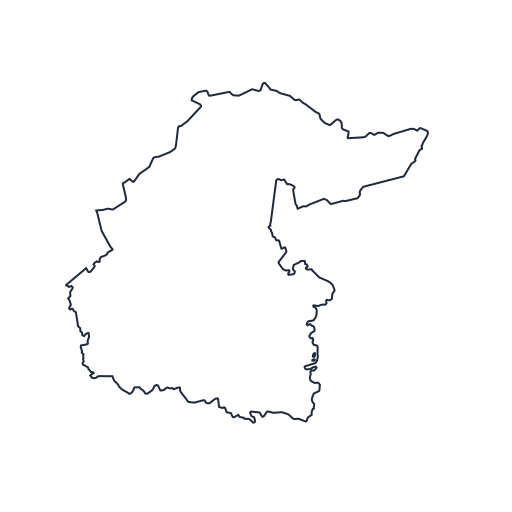 the Region of Tyumen', rotated 348°
{"feature_id": "RUS-2398", "entity_name": "Tyumen'", "entity_type": "Region", "adm_level": 1, "iso_a3": "RUS", "parent_name": "Russia", "parent_adm1": "", "projection": "orthographic", "projection_center": [69.281, 57.561], "detail": "fine", "context": "isolated", "style": "outline", "palette": "slate", "viewbox_px": 512, "rotation_deg": 348, "n_neighbors": 0, "source": "natural_earth", "source_scale": "10m", "svg_char_len": 6062}
<svg xmlns="http://www.w3.org/2000/svg" viewBox="0 0 512 512"><g transform="rotate(348 256 256)"><path d="M229.0,414.7L228.1,413.2L227.5,411.0L226.5,409.6L218.6,407.1L217.6,408.1L218.2,411.5L218.8,412.2L220.6,413.2L220.8,415.9L220.7,417.2L220.3,418.1L219.3,418.6L218.4,418.2L216.1,414.7L215.3,413.9L210.8,412.8L210.3,411.6L206.7,410.2L205.6,407.7L200.8,409.2L200.0,408.8L199.6,408.1L198.8,404.5L194.8,402.7L194.3,398.9L193.9,397.8L193.3,397.4L191.5,397.7L188.5,395.9L189.2,387.8L188.7,387.2L186.4,387.2L180.5,390.1L179.2,390.3L177.2,389.6L176.5,388.9L176.2,387.5L175.4,386.4L174.6,386.1L165.3,386.6L159.5,384.7L154.0,373.1L153.8,371.8L154.3,369.0L154.0,368.7L151.9,368.5L148.1,369.2L147.4,368.8L147.3,368.2L146.8,367.9L144.1,367.5L141.8,366.2L139.9,366.8L138.4,367.9L135.1,367.9L134.4,367.5L133.2,362.3L132.0,361.5L129.9,361.9L127.9,364.5L126.0,366.0L120.9,368.1L119.8,367.9L119.2,367.4L117.8,364.2L115.7,362.1L114.7,360.2L110.2,359.3L109.3,359.7L108.4,361.5L106.2,363.7L104.6,364.4L103.2,364.4L102.1,363.0L97.4,358.9L94.9,355.4L94.3,352.9L91.3,348.3L90.5,343.7L77.5,340.9L76.3,340.9L73.8,342.0L71.6,341.7L70.5,341.2L69.0,338.5L70.9,337.3L72.8,336.9L72.8,336.0L70.3,335.1L69.5,333.0L68.7,332.0L68.5,330.0L64.0,326.0L64.3,324.3L65.5,323.4L65.4,320.8L66.1,319.8L66.1,317.9L66.8,316.3L65.5,314.4L66.0,312.8L65.6,308.6L66.3,307.1L71.9,307.3L73.3,306.8L73.6,304.0L75.8,300.6L76.3,296.7L75.9,296.3L73.0,297.0L71.2,298.6L69.7,297.4L69.6,296.9L69.9,294.7L68.5,292.8L69.0,290.7L69.0,290.0L67.4,287.8L67.4,286.9L68.1,273.9L67.7,273.0L66.5,272.1L65.6,269.5L65.0,269.3L63.4,269.8L62.3,268.7L62.4,268.0L64.6,265.6L64.7,264.3L64.5,261.5L63.5,258.4L66.2,256.5L66.4,254.0L66.8,252.7L67.5,251.7L69.6,249.8L70.2,248.7L69.1,246.9L66.6,247.4L66.0,246.4L64.4,245.5L64.2,244.9L87.3,232.6L88.5,236.4L88.8,236.8L90.2,237.1L91.3,236.7L95.9,232.9L96.1,231.9L95.4,230.4L96.4,229.3L99.3,228.1L100.4,229.1L101.6,229.1L102.1,228.6L102.4,226.7L103.7,224.9L108.8,224.1L110.5,223.4L112.0,221.6L117.0,220.0L117.0,219.5L115.4,216.3L110.2,199.3L109.7,181.3L109.2,178.3L116.0,179.1L120.9,178.9L125.6,180.8L139.1,175.7L140.3,174.8L140.7,173.5L140.9,172.1L140.7,160.1L140.5,158.9L140.8,157.6L141.2,157.1L142.9,156.7L148.2,154.3L148.8,154.6L149.1,155.5L151.1,157.8L151.9,158.0L159.1,151.4L170.3,146.6L173.8,141.6L175.9,138.9L176.9,138.3L181.6,138.6L193.4,136.5L197.4,134.9L199.4,133.7L200.6,131.4L206.3,114.7L207.3,113.1L209.5,113.3L217.1,109.8L233.3,98.4L233.5,97.4L232.6,95.8L225.4,90.3L226.2,88.4L227.6,86.9L233.7,83.8L240.7,83.8L241.9,84.1L242.5,85.0L243.2,88.8L243.6,89.5L244.8,89.7L264.0,89.9L264.6,90.4L265.4,92.0L267.3,94.1L272.7,95.6L286.9,92.1L292.9,95.2L293.7,95.1L294.8,94.8L298.3,89.2L299.8,88.4L300.7,88.5L303.6,93.5L304.8,96.2L310.4,98.8L313.4,101.7L322.4,106.4L326.3,111.5L327.5,111.9L330.6,111.9L331.2,112.3L333.3,115.5L336.1,118.0L344.1,127.3L347.2,129.8L347.6,130.8L347.5,134.0L347.7,135.3L350.8,140.1L355.5,143.4L363.1,139.4L364.3,139.4L365.5,140.2L366.4,141.3L367.4,143.3L367.1,146.3L366.6,148.1L366.8,149.1L367.5,150.3L372.3,153.4L372.4,153.9L371.1,157.4L370.3,159.1L370.4,159.9L385.7,162.2L388.0,162.0L392.5,159.2L394.1,159.7L396.2,161.7L397.2,162.1L401.2,160.8L405.4,161.8L406.2,162.2L410.2,166.2L412.5,166.2L415.5,165.3L433.7,163.8L436.7,164.4L439.7,166.9L442.6,165.1L443.6,165.1L449.6,169.4L449.7,171.7L448.0,174.5L442.7,180.2L441.8,181.9L440.9,182.6L440.7,183.5L440.9,185.0L440.6,185.7L438.5,186.2L437.5,187.0L432.3,193.4L431.7,194.4L431.9,195.6L431.5,196.2L426.8,198.4L417.2,208.8L375.3,210.6L371.7,213.5L370.6,215.3L370.8,216.5L370.0,218.3L367.4,220.6L354.7,220.9L352.9,220.1L340.6,220.8L339.7,220.5L337.0,216.1L334.3,214.2L319.3,216.7L315.4,217.9L312.4,217.2L306.7,218.4L306.4,217.5L306.5,215.6L305.7,214.0L305.5,212.1L306.0,199.7L306.2,198.6L307.6,197.6L308.0,196.5L306.9,195.0L303.8,192.7L301.4,192.2L299.4,187.0L296.6,187.2L293.9,185.3L292.5,185.5L291.5,186.3L277.5,225.9L276.4,227.9L276.4,229.3L274.4,230.1L274.5,231.2L276.0,233.5L275.9,235.1L276.5,236.6L276.4,240.3L278.3,241.5L279.1,244.9L281.5,245.4L281.8,246.0L282.3,254.0L283.0,254.3L285.6,253.4L286.2,253.7L286.5,255.1L286.7,257.6L286.4,258.5L277.0,266.5L276.7,267.2L276.9,268.3L279.5,274.3L282.0,276.4L284.8,276.6L285.6,277.1L285.4,278.2L283.9,279.7L283.7,280.6L284.0,281.2L288.5,281.6L289.7,281.2L290.3,280.4L290.7,279.4L290.6,278.6L289.6,277.6L289.4,276.1L291.1,272.6L297.2,271.2L298.8,270.2L302.5,270.9L302.7,271.8L302.4,273.9L303.8,274.8L304.4,276.6L304.2,277.2L302.5,277.8L302.3,278.6L302.4,279.1L303.7,280.1L307.6,280.5L308.0,281.7L313.5,290.2L321.3,295.7L323.3,297.7L324.9,300.3L325.6,304.2L325.7,306.2L322.9,308.7L321.4,313.5L320.8,314.1L318.8,314.6L315.9,313.6L315.2,314.6L315.1,317.0L313.8,318.0L310.0,317.2L306.5,317.9L302.1,316.2L301.6,316.7L301.8,317.6L303.6,319.3L304.1,320.6L304.0,322.2L303.1,325.6L302.2,327.4L301.3,328.7L299.1,330.7L298.3,331.0L294.1,330.7L292.8,331.3L291.6,332.8L291.4,333.6L292.0,334.5L294.6,333.8L296.1,335.8L297.4,336.5L297.9,337.4L298.1,339.9L297.6,341.5L294.0,342.8L291.5,345.3L291.4,345.8L292.2,347.6L293.0,348.1L294.0,347.9L294.7,349.0L294.4,350.4L293.3,351.9L294.0,354.9L296.2,355.8L297.3,356.8L297.3,358.2L295.8,364.7L295.6,367.3L293.6,371.5L291.8,373.1L281.9,374.0L280.6,374.3L280.4,375.3L280.9,376.8L281.6,377.3L284.9,377.9L289.6,376.6L291.5,376.7L292.0,377.8L290.7,379.1L288.6,380.1L286.6,379.5L285.0,380.7L285.0,382.9L283.5,385.9L283.3,387.0L283.5,389.1L283.9,389.8L287.0,392.4L289.9,392.7L290.7,393.3L291.7,395.3L290.2,400.2L289.5,401.2L283.9,402.6L281.4,406.4L280.8,407.8L280.7,409.0L281.1,410.9L282.1,412.8L282.0,413.8L280.9,416.4L280.9,417.2L279.7,417.4L278.1,420.0L277.7,421.2L277.5,422.9L273.5,424.6L272.7,425.3L271.4,427.6L270.7,428.2L270.0,428.1L264.4,424.4L262.8,423.8L259.6,423.5L258.4,422.7L255.1,418.1L253.9,417.1L248.7,414.1L240.8,413.1L235.0,410.5L234.0,410.8L230.6,414.2L229.0,414.7ZM291.7,366.8L292.4,366.5L293.1,365.3L293.5,363.9L293.3,363.2L292.2,363.4L291.1,364.9L290.7,366.2L291.7,366.8ZM290.4,370.4L291.3,370.3L292.0,369.8L291.9,369.4L290.8,369.0L289.3,369.6L289.3,369.9L290.4,370.4Z" fill="none" stroke="#1e293b" stroke-width="2"/></g></svg>